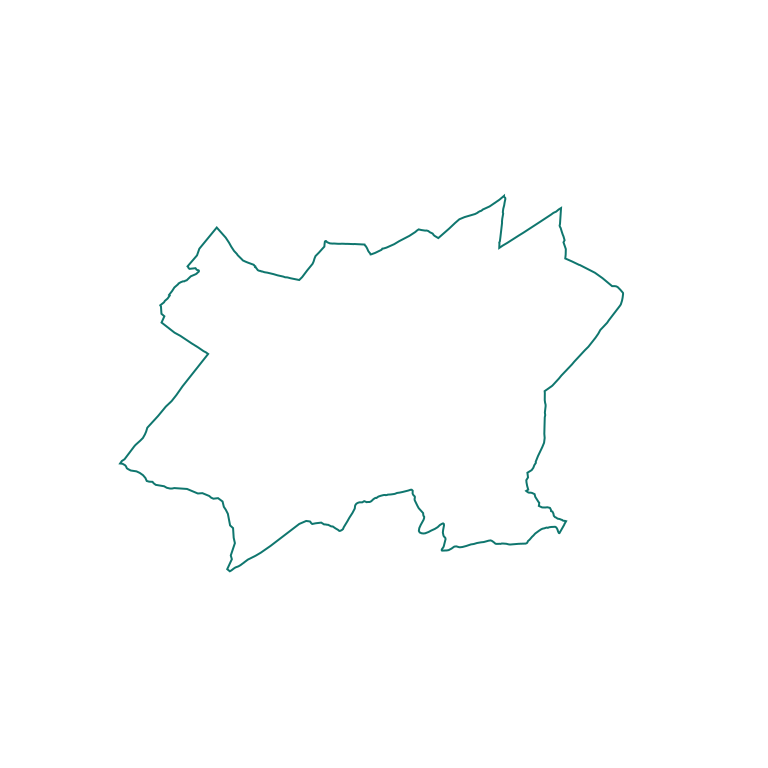 Iveland nor, Aust-Agder, Norway, rotated 318°
{"feature_id": "86288312B22941385681513", "entity_name": "Iveland nor", "entity_type": "district", "adm_level": 2, "iso_a3": "NOR", "parent_name": "Norway", "parent_adm1": "Aust-Agder", "projection": "equal_earth", "projection_center": [7.955, 58.433], "detail": "fine", "context": "isolated", "style": "outline", "palette": "teal", "viewbox_px": 768, "rotation_deg": 318, "n_neighbors": 0, "source": "geoboundaries", "source_scale": "gbopen_adm2", "svg_char_len": 6166}
<svg xmlns="http://www.w3.org/2000/svg" viewBox="0 0 768 768"><g transform="rotate(318 384 384)"><path d="M540.4,494.7L556.1,493.3L560.7,493.1L572.3,491.1L576.9,490.0L580.9,488.6L590.9,487.8L593.6,487.1L611.9,483.7L613.3,483.3L616.7,481.3L619.1,479.5L622.0,477.0L622.6,476.1L622.7,472.1L622.5,468.3L621.9,466.8L620.8,465.5L619.0,463.9L617.2,451.5L615.2,442.5L609.1,426.5L608.7,426.0L605.8,418.9L602.7,412.0L605.5,409.5L609.4,405.4L612.2,398.8L614.4,398.0L616.2,394.3L616.7,392.8L618.0,389.8L619.7,386.2L619.8,385.7L620.0,384.8L620.5,383.8L621.8,382.9L633.3,371.7L630.6,371.2L627.3,371.1L624.5,370.2L621.5,369.9L609.0,368.0L588.7,364.8L583.8,363.9L569.9,361.6L565.0,360.6L560.7,360.0L564.0,356.6L564.1,356.2L565.7,355.4L568.6,352.9L579.5,343.3L580.5,342.1L582.5,340.3L586.6,337.1L587.2,335.9L588.8,334.5L590.0,333.5L592.9,331.6L595.1,329.8L598.0,327.7L598.6,326.8L598.5,325.0L599.0,324.5L593.1,324.3L581.3,322.7L574.0,320.4L573.3,320.5L571.6,320.2L571.1,319.8L570.0,319.6L569.2,319.3L568.3,319.4L565.4,318.6L555.6,313.9L550.2,312.0L544.6,311.9L536.3,312.1L522.0,311.9L520.7,307.7L520.6,306.5L520.8,304.7L519.6,301.8L519.3,300.0L518.4,298.5L517.2,297.5L514.8,294.6L513.2,292.3L511.0,292.0L509.0,292.0L502.0,290.9L490.8,288.0L485.1,286.9L477.1,284.3L474.3,283.0L473.4,282.3L471.9,282.6L465.0,280.6L461.3,279.1L460.7,278.7L461.1,277.6L461.1,276.2L461.3,274.6L462.2,271.9L462.7,269.5L462.6,268.1L462.9,267.4L455.4,259.9L455.0,259.7L450.2,255.0L448.1,253.1L447.6,252.5L443.9,249.3L440.7,246.0L439.9,245.4L437.9,243.3L436.6,240.5L436.6,239.1L436.1,238.6L435.4,238.6L433.6,240.1L431.6,242.0L429.2,242.2L423.7,242.8L418.7,243.1L416.4,244.2L413.6,245.9L411.3,246.9L402.9,248.2L394.7,249.8L390.6,250.0L385.4,243.0L383.5,240.1L381.9,238.5L381.1,236.9L377.6,232.0L375.4,228.4L371.8,223.2L370.0,221.0L368.8,218.9L368.1,218.2L368.0,217.5L367.1,216.5L366.6,215.5L366.4,214.9L366.7,211.9L366.4,210.9L367.1,210.5L366.8,208.9L367.0,208.3L364.0,202.6L362.9,200.3L361.8,197.7L361.8,196.2L361.5,191.0L361.5,190.1L361.7,188.8L361.6,184.8L362.4,179.6L363.4,175.3L364.3,169.3L364.4,155.8L337.3,159.9L331.1,163.3L316.9,165.1L317.0,165.4L316.7,165.7L316.8,166.0L316.4,166.9L316.4,167.9L316.5,168.3L321.4,171.8L321.4,172.2L321.2,173.6L321.6,174.6L322.2,175.3L322.3,175.8L322.0,176.3L321.2,176.6L319.8,176.5L318.6,176.6L317.5,176.4L312.5,174.7L306.7,174.9L305.5,174.3L304.3,174.1L303.3,173.2L301.2,172.4L298.5,171.8L297.9,172.1L292.8,172.0L288.8,173.1L283.8,174.0L283.9,174.9L280.3,175.7L276.7,175.6L275.2,176.1L270.4,175.8L270.1,177.2L265.6,182.9L266.1,186.7L259.8,189.5L262.7,205.7L264.9,212.0L268.2,225.0L270.4,232.6L271.9,238.9L272.8,241.2L273.4,244.0L232.7,250.9L222.3,253.3L214.7,254.6L206.7,254.8L194.7,256.6L178.9,258.1L175.4,260.2L172.6,261.5L168.7,262.8L165.1,263.0L158.6,263.0L156.8,263.2L140.8,266.3L137.6,265.8L134.7,266.5L136.3,268.3L137.2,271.0L137.2,272.4L136.5,274.6L136.9,276.1L137.9,278.8L141.6,283.3L143.0,286.6L143.9,290.5L143.8,294.2L142.8,297.3L144.1,299.4L146.5,301.8L146.4,303.6L146.9,306.2L152.2,312.9L153.1,315.7L155.1,318.6L156.6,319.9L158.5,321.0L167.4,330.2L172.4,340.8L176.0,343.6L179.2,350.3L179.5,352.9L180.5,355.1L184.3,357.8L185.4,363.3L182.8,368.1L182.3,371.5L181.1,376.0L175.0,386.1L175.4,390.1L169.4,397.7L166.7,402.5L155.4,408.9L153.7,412.4L143.6,416.7L144.1,420.0L145.9,420.4L148.7,420.6L150.8,420.9L153.8,422.1L156.2,422.6L165.3,423.4L173.6,425.7L179.5,426.9L191.3,428.4L227.4,431.3L234.5,433.7L236.4,435.9L237.1,436.9L236.8,438.3L237.0,440.0L239.9,441.7L244.6,445.0L245.5,448.2L246.8,449.5L247.4,450.4L248.3,451.3L249.5,454.5L250.6,455.6L251.3,458.7L252.3,461.8L252.4,463.0L252.6,463.4L253.4,463.9L254.9,464.3L256.4,464.4L258.3,463.5L265.0,461.5L268.8,460.2L274.3,458.7L278.9,457.0L281.0,455.2L281.8,454.8L283.3,454.5L284.1,454.6L285.0,454.8L286.6,455.5L288.7,457.4L290.8,457.8L291.0,458.0L292.1,460.3L292.8,460.7L294.4,462.1L296.1,462.6L298.8,462.5L300.6,462.7L301.7,463.1L302.2,463.7L302.8,463.7L304.5,463.9L306.8,464.9L309.3,466.2L310.6,467.2L310.9,467.8L312.0,468.5L312.7,468.7L315.1,470.6L317.9,472.5L318.8,473.0L320.8,473.7L323.0,475.2L325.6,476.7L330.7,479.4L333.0,480.4L333.8,481.1L333.9,481.8L333.9,482.5L332.0,484.5L331.7,485.3L331.5,486.2L331.6,488.2L330.7,489.3L330.0,489.7L329.3,490.5L329.0,491.1L327.3,497.0L326.7,499.5L326.7,506.1L325.5,507.7L325.1,508.5L325.1,509.4L324.2,510.4L322.5,511.4L317.0,513.3L313.8,514.7L311.6,516.5L311.2,518.2L312.0,520.0L313.2,521.4L314.7,522.5L318.1,523.8L321.0,524.5L324.8,525.7L328.1,526.3L331.1,526.2L333.2,526.6L334.6,527.1L334.8,528.1L334.0,529.2L330.2,532.1L328.3,533.8L326.8,536.4L326.5,537.4L326.6,538.4L326.5,539.6L325.9,540.5L319.8,544.6L318.9,545.0L316.6,545.5L316.0,545.8L315.7,546.1L315.6,546.5L315.8,546.8L319.3,549.7L320.9,550.7L324.1,551.5L327.1,551.8L328.0,552.2L329.2,553.2L330.4,555.2L331.1,556.1L333.2,557.6L336.7,559.4L341.3,561.4L343.7,563.0L346.7,564.4L350.2,566.6L352.4,568.2L357.0,570.5L358.6,571.6L359.2,572.8L359.7,575.0L359.9,576.9L360.3,577.8L362.6,579.8L363.8,580.9L364.7,581.3L365.9,582.4L368.0,584.6L369.2,586.4L370.2,587.6L377.3,593.0L382.5,597.4L383.7,597.8L384.5,597.7L385.8,597.1L388.2,597.1L391.9,596.6L393.5,596.6L396.3,596.3L401.2,596.8L403.8,597.2L405.2,597.7L406.5,598.5L408.6,599.4L409.4,600.2L409.5,600.5L410.9,601.0L412.8,602.3L415.6,604.6L416.0,605.7L416.0,606.2L415.6,608.1L414.8,609.8L414.3,611.4L414.3,611.9L414.6,612.2L423.7,609.2L424.7,608.7L427.5,607.8L426.8,606.7L426.1,606.0L425.4,604.9L425.4,604.2L424.8,603.2L424.2,601.9L422.9,600.2L422.5,598.4L422.0,597.4L422.0,595.6L423.2,593.6L423.8,591.4L423.1,590.3L423.9,589.1L424.4,587.2L424.3,586.9L422.9,584.9L421.1,583.6L418.9,581.5L417.5,578.2L418.2,577.7L419.9,576.1L419.9,574.9L420.9,569.1L422.2,566.6L421.1,564.0L420.3,562.9L419.2,561.9L418.7,561.3L418.2,559.3L418.1,558.6L420.5,559.0L422.2,555.5L424.1,552.4L425.4,550.7L428.5,549.8L431.2,545.9L436.1,546.8L438.9,546.2L441.4,544.9L444.1,544.2L444.7,543.3L450.2,540.6L459.4,536.8L463.6,534.8L467.3,531.6L469.8,528.3L473.5,524.4L481.2,516.3L483.0,515.0L484.4,512.9L489.4,508.5L490.3,507.4L491.2,505.7L492.7,503.5L497.5,498.3L498.6,496.8L507.9,497.9L517.6,497.0L521.4,496.4L536.9,495.2L540.4,494.7Z" fill="none" stroke="#0f766e" stroke-width="2"/></g></svg>